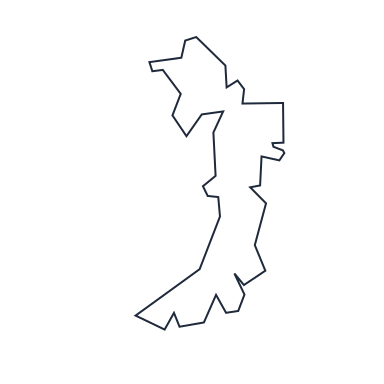 outline of Inner Mongol, rotated 301°
{"feature_id": "CHN-1838", "entity_name": "Inner Mongol", "entity_type": "Autonomous Region", "adm_level": 1, "iso_a3": "CHN", "parent_name": "China", "parent_adm1": "", "projection": "albers", "projection_center": [116.94, 45.357], "detail": "coarse", "context": "isolated", "style": "outline", "palette": "slate", "viewbox_px": 384, "rotation_deg": 301, "n_neighbors": 0, "source": "natural_earth", "source_scale": "10m", "svg_char_len": 735}
<svg xmlns="http://www.w3.org/2000/svg" viewBox="0 0 384 384"><g transform="rotate(301 192 192)"><path d="M263.5,160.4L237.0,158.5L247.6,135.8L270.3,131.8L281.6,104.1L275.1,95.8L281.4,88.6L301.6,113.7L318.3,108.2L327.0,115.8L317.6,155.5L299.5,167.8L311.0,173.6L307.0,183.7L293.8,189.7L315.2,224.2L281.4,245.0L275.3,235.8L272.7,238.6L274.5,248.5L272.9,251.1L264.1,250.6L258.3,233.3L232.7,247.0L226.0,239.5L220.4,261.3L178.8,273.2L162.3,295.4L139.0,284.4L144.0,270.3L131.1,289.8L113.8,292.9L106.0,283.4L116.2,265.6L86.3,269.4L70.1,250.7L79.1,238.8L60.0,239.4L57.0,207.3L129.8,238.3L185.4,228.6L201.2,217.1L196.7,207.5L202.6,198.4L218.0,203.9L254.0,179.7L277.1,177.2L263.5,160.4Z" fill="none" stroke="#1e293b" stroke-width="2"/></g></svg>